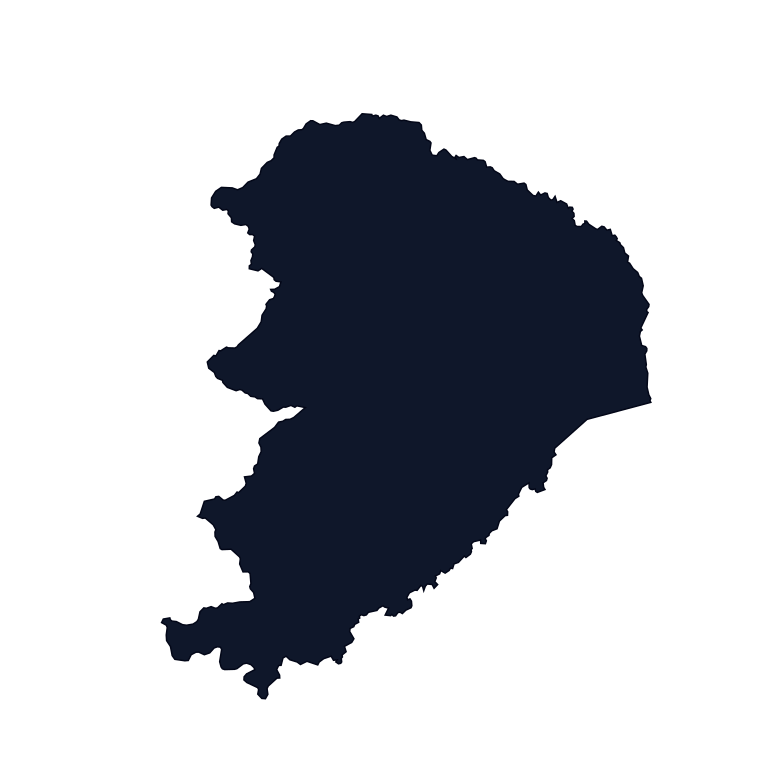 the district of Arraias, Tocantins, Brazil, rotated 345°
{"feature_id": "56859067B87570959920414", "entity_name": "Arraias", "entity_type": "district", "adm_level": 2, "iso_a3": "BRA", "parent_name": "Brazil", "parent_adm1": "Tocantins", "projection": "orthographic", "projection_center": [-47.118, -12.82], "detail": "fine", "context": "isolated", "style": "filled", "palette": "ink", "viewbox_px": 768, "rotation_deg": 345, "n_neighbors": 0, "source": "geoboundaries", "source_scale": "gbopen_adm2", "svg_char_len": 6171}
<svg xmlns="http://www.w3.org/2000/svg" viewBox="0 0 768 768"><g transform="rotate(345 384 384)"><path d="M442.0,120.5L432.8,117.3L423.6,122.9L421.5,123.2L419.1,121.8L413.1,120.7L410.8,120.7L407.8,122.4L403.8,121.8L395.8,117.1L389.2,116.8L383.4,111.3L381.3,110.7L376.1,112.6L372.2,116.4L370.4,117.1L366.9,116.4L362.8,117.4L357.8,120.3L353.6,119.2L348.6,121.0L345.1,124.5L344.1,127.1L342.1,127.7L337.1,134.3L336.4,137.0L332.7,139.1L328.6,139.7L321.4,144.0L318.6,149.2L313.9,152.7L304.9,153.8L298.4,157.7L292.8,158.5L288.2,155.3L277.8,152.0L271.3,154.3L265.6,159.6L263.3,166.4L263.8,168.2L265.5,170.4L270.2,170.4L273.2,174.4L277.2,174.7L278.5,176.2L277.4,179.2L279.6,183.9L278.8,187.9L281.1,190.6L286.8,193.7L291.9,194.2L293.7,196.6L293.9,199.5L291.5,202.8L292.9,204.9L295.7,205.6L297.3,207.6L295.2,211.7L295.7,216.1L294.7,218.1L290.7,220.2L289.9,222.0L290.9,224.3L289.9,227.0L287.4,230.3L286.9,234.1L284.5,235.0L283.7,237.8L291.6,242.1L295.8,240.7L305.2,252.6L304.9,254.8L306.3,256.8L310.9,258.7L308.2,262.9L302.9,264.2L299.0,263.3L299.3,265.2L301.3,267.0L302.1,269.2L300.9,271.1L299.3,272.8L295.3,273.0L290.6,276.5L290.8,278.3L289.6,280.9L284.0,286.0L281.5,292.1L276.0,297.4L253.5,308.5L251.8,310.0L249.4,310.7L243.0,308.8L241.4,307.6L234.8,309.7L233.3,309.0L228.9,313.4L227.0,312.3L219.0,317.0L218.8,323.4L223.1,328.9L223.5,333.2L224.7,335.5L228.9,338.6L228.8,340.9L231.8,346.7L239.4,352.2L243.3,352.0L245.2,353.1L247.6,356.7L250.0,357.9L252.1,361.4L256.1,363.1L258.0,365.4L262.8,366.9L263.8,372.6L267.9,380.7L270.1,381.7L274.7,381.9L280.8,380.2L283.1,381.0L288.6,380.6L291.9,383.4L294.1,382.5L301.9,386.4L288.2,393.0L284.1,393.8L279.8,392.8L276.7,393.8L272.3,393.5L267.1,397.6L249.9,404.6L247.9,408.6L248.8,413.2L247.9,417.5L244.2,421.8L241.3,428.5L237.7,429.7L236.1,432.1L235.8,436.8L232.1,438.6L225.2,437.6L225.2,444.3L223.6,446.8L215.4,451.3L214.1,450.3L210.6,452.9L200.6,455.2L198.7,454.6L195.3,449.8L192.4,449.4L190.6,451.2L180.1,450.8L172.8,462.0L169.6,463.5L173.9,466.8L176.7,467.2L182.6,475.8L183.9,481.2L182.4,483.2L181.4,487.5L183.0,493.2L183.2,500.6L184.6,502.0L193.5,504.0L199.7,513.6L200.0,515.6L198.0,520.5L199.2,529.0L204.3,530.3L205.6,532.4L203.8,542.4L201.9,544.9L201.9,547.2L204.1,551.7L203.8,557.6L198.0,559.5L188.3,557.2L180.9,556.6L176.3,555.0L171.7,555.6L170.6,554.3L165.2,557.2L162.9,556.9L159.4,554.3L154.4,554.7L152.0,553.6L147.3,556.4L143.8,563.2L141.7,565.1L137.4,566.5L130.9,565.9L127.2,564.4L121.9,559.7L117.8,558.1L116.6,556.4L116.6,554.5L110.0,553.9L107.4,556.9L111.3,560.6L111.6,563.1L108.7,570.1L107.6,575.6L109.8,582.3L109.1,591.5L110.7,595.8L120.0,599.8L123.4,600.4L127.7,595.6L132.9,594.4L135.6,595.0L140.4,599.0L146.1,598.6L151.6,595.0L155.1,594.7L157.9,595.9L158.5,598.3L153.4,609.7L153.4,615.1L154.2,617.3L156.2,618.6L165.8,620.9L168.2,620.9L175.7,617.9L179.1,618.1L182.9,620.7L185.0,624.2L185.3,626.5L176.3,628.4L173.1,630.6L172.1,633.6L174.3,636.9L183.4,644.6L183.8,646.7L181.8,650.9L184.6,656.1L188.0,657.3L191.5,653.7L192.2,648.0L194.0,645.8L204.5,640.4L207.2,641.0L207.8,638.2L206.4,632.1L209.4,628.6L211.8,629.1L215.5,622.5L219.0,621.6L221.7,626.0L228.2,630.1L230.7,633.3L237.8,631.9L247.3,638.2L249.4,635.8L254.7,633.7L262.5,633.2L263.7,637.8L267.4,638.3L265.5,640.0L267.6,642.5L269.9,642.6L271.2,641.5L271.7,638.0L273.2,636.9L273.4,634.9L278.1,632.8L277.9,627.2L286.0,625.2L289.0,622.3L286.8,614.2L288.0,611.3L292.0,610.6L293.5,608.6L297.9,607.6L298.2,604.4L300.0,603.8L300.0,601.9L302.4,601.0L304.6,602.5L307.2,602.5L309.8,600.5L318.6,600.9L321.0,599.1L325.7,597.9L326.7,599.5L330.4,601.7L325.3,607.5L330.5,609.5L331.9,608.6L333.2,610.7L335.2,610.9L338.2,608.4L340.5,608.6L342.3,610.5L346.6,608.1L352.2,607.1L353.5,605.4L354.3,600.9L353.5,598.3L350.9,598.5L350.9,596.0L354.5,592.3L360.4,591.1L362.6,591.9L367.5,588.1L368.9,589.6L368.9,593.9L371.6,590.0L374.0,588.4L378.6,590.1L379.5,594.3L383.9,591.6L381.9,588.0L384.3,584.8L383.8,582.8L388.6,581.8L390.5,578.9L394.1,582.5L398.6,581.0L400.6,579.1L402.5,580.0L405.1,575.9L409.7,575.6L417.0,571.0L418.2,572.8L423.4,570.7L425.1,568.5L425.2,566.6L426.6,565.7L426.9,561.0L429.7,559.5L436.9,559.7L436.2,563.0L440.6,564.5L442.3,561.9L441.7,559.6L443.0,558.5L446.2,557.4L447.0,555.6L450.2,553.7L455.7,553.1L460.0,546.3L466.9,542.5L469.3,542.8L470.4,539.4L469.7,537.0L480.9,528.6L485.2,527.3L485.4,525.1L490.3,519.5L498.5,517.0L497.4,521.7L498.1,523.3L499.9,524.4L502.8,524.4L502.8,527.0L504.0,528.4L512.2,527.6L511.5,525.1L512.1,520.6L515.9,519.3L517.2,517.2L516.5,514.7L519.3,511.5L519.8,509.1L522.8,508.0L525.0,505.2L526.9,498.7L531.8,496.9L530.7,493.7L532.3,490.2L571.0,470.7L637.0,470.8L636.6,468.9L637.9,467.1L637.0,463.0L637.3,455.1L641.6,441.8L641.3,435.3L642.4,433.2L643.7,422.7L646.4,420.0L647.1,417.7L646.3,415.6L642.9,413.5L643.1,403.9L645.2,399.7L647.4,398.6L646.5,396.4L657.6,383.3L656.6,382.0L657.0,380.0L659.7,377.8L660.6,375.7L656.8,365.4L656.5,362.6L659.8,356.2L660.1,348.5L658.4,346.2L657.9,341.9L654.5,337.1L652.5,330.9L650.8,329.3L653.3,323.7L650.5,319.7L650.6,314.3L648.4,310.5L648.4,308.7L645.5,305.4L646.9,304.0L646.4,301.9L645.5,300.0L642.8,299.8L642.6,293.2L639.1,293.1L637.3,289.2L635.2,288.0L630.3,290.0L628.8,289.0L623.2,282.7L621.8,279.1L620.2,278.5L619.6,280.8L617.6,281.1L615.4,282.9L611.3,281.8L609.7,280.3L610.1,275.4L608.4,272.8L611.0,271.4L611.6,268.3L610.3,265.7L611.9,264.0L611.6,262.1L609.1,261.2L607.5,262.0L607.0,257.4L602.1,252.7L598.1,253.4L597.8,247.0L594.8,249.6L592.8,249.6L591.0,246.4L590.9,242.2L588.9,241.1L584.2,242.0L582.8,238.6L579.3,241.8L576.7,240.4L572.6,233.6L572.7,228.0L571.3,226.2L564.7,225.6L562.1,222.0L556.2,220.3L553.8,218.1L552.2,216.4L550.2,211.1L545.6,206.5L544.5,203.1L542.9,201.8L539.3,201.1L539.2,195.4L537.9,193.7L532.2,191.7L531.4,189.7L530.1,188.8L522.6,188.8L520.1,185.0L515.0,184.6L512.8,181.9L511.6,182.9L511.8,185.1L508.4,181.8L504.4,174.0L502.7,172.6L496.9,174.6L494.1,177.2L489.8,175.4L488.8,170.1L491.8,163.3L491.1,161.5L488.0,158.8L487.9,152.2L486.2,148.7L487.1,143.5L485.5,140.5L477.7,137.7L471.6,134.3L469.0,134.1L467.0,132.8L465.6,129.4L460.2,126.1L455.8,126.3L453.0,124.2L448.2,126.2L447.7,123.5L445.7,122.2L442.1,122.2L442.0,120.5Z" fill="#0f172a" stroke="#020617" stroke-width="1.5"/></g></svg>